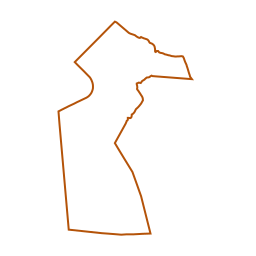 the district of Suba North, Nyanza, Kenya, rotated 265°
{"feature_id": "3690345B53890832325743", "entity_name": "Suba North", "entity_type": "district", "adm_level": 2, "iso_a3": "KEN", "parent_name": "Kenya", "parent_adm1": "Nyanza", "projection": "albers", "projection_center": [34.283, -0.505], "detail": "fine", "context": "isolated", "style": "outline", "palette": "amber", "viewbox_px": 256, "rotation_deg": 265, "n_neighbors": 0, "source": "geoboundaries", "source_scale": "gbopen_adm2", "svg_char_len": 2856}
<svg xmlns="http://www.w3.org/2000/svg" viewBox="0 0 256 256"><g transform="rotate(265 128 128)"><path d="M31.9,60.1L25.5,92.8L24.4,99.6L23.2,106.8L22.3,112.0L22.2,117.3L21.6,124.2L21.3,133.6L20.9,141.2L58.9,135.1L65.0,133.5L70.1,132.2L83.8,128.6L88.2,126.4L98.0,121.5L106.3,117.4L114.1,113.6L132.5,126.0L133.6,126.6L134.6,127.1L135.3,127.4L135.7,128.2L136.5,128.6L138.1,128.7L138.0,129.7L137.7,130.6L137.7,131.4L138.3,132.2L139.3,132.6L140.1,132.8L141.1,132.9L141.5,133.8L142.3,134.9L143.5,136.0L146.0,137.5L147.7,139.7L148.9,141.0L151.2,143.2L154.3,145.3L155.8,145.3L157.2,145.1L158.6,144.5L160.2,143.6L161.1,143.2L162.7,142.3L164.2,141.5L165.2,140.8L166.1,140.4L166.7,140.6L167.5,140.8L168.4,140.8L169.3,140.8L170.2,140.6L171.0,140.5L171.6,140.6L171.7,141.0L171.8,141.5L172.1,142.1L172.3,142.7L172.0,143.6L171.7,144.6L172.2,145.0L172.6,145.4L173.4,146.0L174.0,147.0L174.4,147.9L174.7,148.4L174.9,148.8L175.3,149.1L175.5,149.4L175.8,149.9L176.3,150.5L176.7,151.3L176.6,152.4L176.7,153.0L176.8,153.7L177.0,154.1L177.4,154.5L177.8,155.3L178.1,156.1L177.6,156.8L177.2,159.1L171.1,195.9L173.7,194.3L175.2,194.1L176.7,193.7L178.5,193.3L179.6,193.1L180.5,192.9L181.5,192.7L182.9,192.4L184.4,192.0L185.7,191.8L187.2,191.3L188.2,190.9L189.2,190.6L190.2,190.3L191.5,190.0L193.0,189.6L194.5,188.9L194.9,187.6L194.9,186.1L194.9,184.7L195.0,183.3L195.0,182.2L195.1,181.1L195.5,179.5L195.8,177.9L196.0,177.4L196.2,176.9L196.7,175.8L196.9,174.8L197.5,173.3L197.9,172.2L198.2,171.1L199.1,169.8L199.7,168.3L200.0,167.0L200.6,165.7L201.0,165.4L202.0,164.8L202.2,163.5L201.9,163.2L201.3,162.2L201.7,161.7L202.7,161.7L203.1,161.8L203.4,161.8L204.4,161.8L204.9,161.8L205.5,161.7L206.7,161.6L207.8,161.2L208.1,161.0L208.4,160.8L209.2,160.1L209.9,159.3L210.5,158.1L211.0,157.1L211.9,156.6L212.8,156.3L213.2,156.0L213.6,155.8L214.4,155.1L214.9,154.1L215.1,153.7L215.2,153.4L215.6,152.5L215.8,152.0L216.0,151.5L216.4,150.8L216.8,150.1L217.0,149.5L217.5,148.9L217.3,148.5L216.7,147.7L216.9,146.9L217.4,145.9L218.2,144.8L218.5,144.4L218.8,144.1L219.9,142.9L220.3,142.0L220.7,141.1L221.0,140.4L221.5,139.2L222.0,138.2L222.7,137.1L233.2,126.8L234.2,125.8L235.1,124.2L231.0,119.3L220.5,107.0L198.3,80.7L195.0,83.4L188.3,89.1L186.2,90.8L182.8,93.6L182.2,94.1L181.5,94.6L180.3,95.2L179.1,95.7L178.6,95.9L178.1,96.0L177.2,96.3L176.8,96.4L176.4,96.5L175.1,96.7L173.8,96.8L172.2,96.7L171.5,96.6L171.1,96.6L170.2,96.4L169.3,96.1L168.3,95.7L167.1,95.1L166.1,94.5L165.0,93.6L164.4,93.0L164.1,92.7L163.8,92.4L163.0,91.4L162.4,90.4L161.8,89.2L159.9,84.1L159.1,82.0L158.2,79.5L157.0,76.6L154.8,70.6L153.8,68.2L153.7,67.9L153.5,67.4L153.1,66.3L152.7,65.4L152.4,64.6L152.1,63.8L151.8,63.1L151.4,62.2L151.1,61.4L150.9,60.9L150.6,60.2L138.6,60.1L114.3,60.1L111.6,60.1L109.3,60.1L98.9,60.1L90.8,60.1L70.2,60.1L44.7,60.1L33.0,60.1L31.9,60.1Z" fill="none" stroke="#b45309" stroke-width="2"/></g></svg>